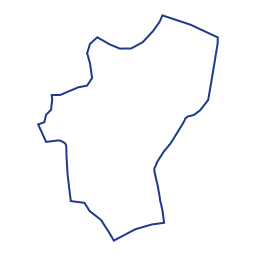 the district of Bani Dabyan, Sana'a, Yemen
{"feature_id": "15242507B92196142658872", "entity_name": "Bani Dabyan", "entity_type": "district", "adm_level": 2, "iso_a3": "YEM", "parent_name": "Yemen", "parent_adm1": "Sana'a", "projection": "albers", "projection_center": [44.869, 15.05], "detail": "fine", "context": "isolated", "style": "outline", "palette": "blue", "viewbox_px": 256, "rotation_deg": 0, "n_neighbors": 0, "source": "geoboundaries", "source_scale": "gbopen_adm2", "svg_char_len": 1778}
<svg xmlns="http://www.w3.org/2000/svg" viewBox="0 0 256 256"><path d="M164.1,222.8L163.3,216.7L163.0,214.8L162.9,213.7L162.4,210.1L162.2,209.4L162.0,208.3L161.7,207.3L161.5,206.3L161.4,205.4L161.1,204.4L160.9,203.5L160.7,202.5L160.4,201.6L160.1,200.5L160.0,199.5L159.9,198.6L159.7,197.5L159.6,196.4L157.9,186.6L157.2,183.5L156.3,179.8L156.2,179.4L154.4,171.3L154.4,168.5L157.5,161.4L163.9,151.4L168.8,145.7L168.9,145.1L169.6,144.5L170.3,143.9L174.4,137.3L180.9,126.7L183.2,123.0L183.5,122.2L184.0,121.4L184.5,120.7L184.8,119.8L185.1,118.9L185.6,118.1L186.4,117.6L187.1,117.0L187.8,116.5L188.8,116.2L189.7,116.1L190.6,115.9L191.5,115.6L192.4,115.3L193.3,115.0L194.3,114.7L194.8,114.5L195.2,114.0L199.9,110.5L204.2,105.1L208.2,99.9L209.5,92.4L211.2,82.5L213.3,69.9L213.5,69.0L215.9,53.9L217.6,43.8L217.8,37.4L211.0,34.3L191.0,24.9L166.7,16.8L162.4,15.4L160.0,21.0L159.2,22.4L158.4,23.5L156.7,25.9L155.4,27.7L153.2,30.9L145.4,39.3L142.7,42.2L133.5,47.2L131.0,48.5L119.7,48.6L117.7,47.7L109.7,44.4L107.1,42.9L97.3,37.3L95.5,38.9L90.9,43.1L90.0,43.9L88.2,49.7L87.1,53.2L88.8,59.0L89.1,60.1L89.1,60.3L90.0,63.3L90.8,68.7L91.6,74.5L92.1,78.0L91.3,79.2L87.1,85.6L78.3,87.3L70.8,90.5L69.3,91.1L60.4,94.9L51.7,95.1L52.2,99.4L51.0,109.9L49.1,111.7L46.1,114.8L44.3,122.2L40.5,123.6L38.2,124.4L39.4,127.1L40.2,129.0L41.1,130.8L42.2,133.2L42.8,134.6L44.6,138.7L46.1,141.9L50.0,141.4L52.7,141.1L58.3,140.4L60.4,140.7L61.6,141.3L64.3,142.7L65.7,144.2L66.3,146.6L66.4,152.2L66.4,153.1L66.5,156.1L67.4,171.4L67.6,174.6L69.7,192.3L70.8,201.1L84.4,202.8L88.2,208.7L88.2,208.8L89.7,211.2L98.2,217.7L101.2,220.2L104.7,225.7L105.7,227.3L106.9,229.1L108.7,231.8L111.2,236.1L111.9,237.3L113.8,240.6L135.4,229.2L152.1,224.4L153.8,224.2L164.1,222.8Z" fill="none" stroke="#1e3a8a" stroke-width="2"/></svg>